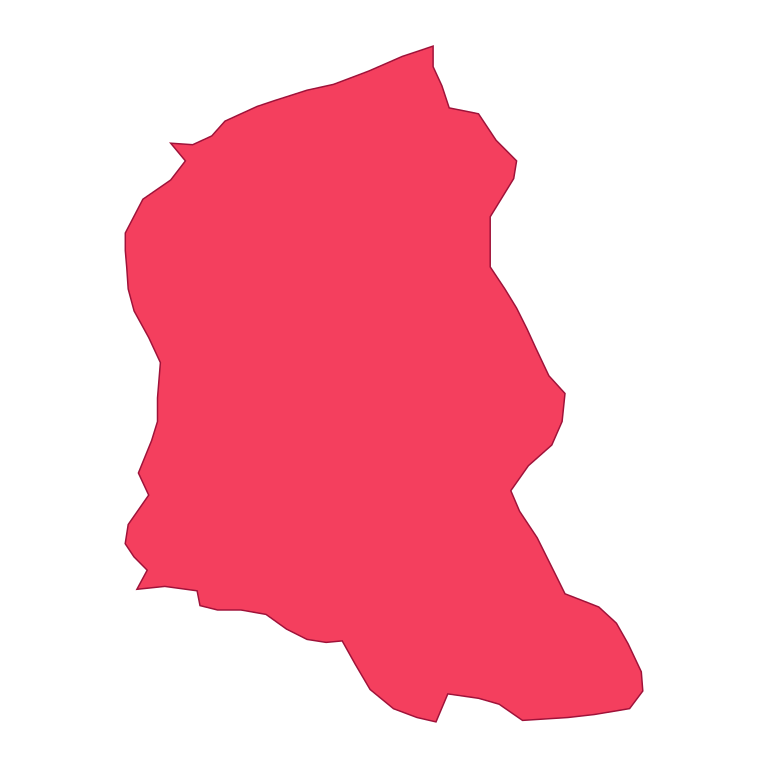 Mia Milia, Cyprus (orthographic projection)
{"feature_id": "46923920B95697923922739", "entity_name": "Mia Milia", "entity_type": "district", "adm_level": 2, "iso_a3": "CYP", "parent_name": "Cyprus", "parent_adm1": "", "projection": "orthographic", "projection_center": [33.421, 35.222], "detail": "fine", "context": "isolated", "style": "filled", "palette": "rose", "viewbox_px": 768, "rotation_deg": 0, "n_neighbors": 0, "source": "geoboundaries", "source_scale": "gbopen_adm2", "svg_char_len": 1133}
<svg xmlns="http://www.w3.org/2000/svg" viewBox="0 0 768 768"><path d="M136.9,589.3L164.8,586.4L197.1,590.8L200.0,605.6L217.6,610.0L241.0,610.0L266.0,614.4L286.5,629.1L307.0,639.4L326.1,642.4L342.2,640.9L355.4,664.5L370.1,689.5L393.5,708.7L417.0,717.5L436.0,721.9L447.8,693.9L478.6,698.3L499.1,704.2L522.5,720.4L568.0,717.5L594.4,714.5L629.6,708.6L642.8,691.0L641.3,671.8L628.1,643.8L616.4,623.2L598.8,607.0L565.0,593.8L557.7,579.0L546.0,555.5L537.2,537.8L519.6,511.3L510.8,490.7L528.4,465.7L551.8,445.0L562.1,421.5L565.0,393.5L548.9,375.8L535.7,347.9L526.9,328.7L516.6,308.1L504.9,289.0L490.2,266.9L490.2,240.4L490.2,216.8L513.7,178.6L516.6,160.9L496.1,140.3L478.5,113.8L449.2,107.9L441.9,85.8L433.1,66.7L433.1,46.1L402.3,56.4L368.6,71.1L333.4,84.4L307.0,90.2L274.8,100.5L257.2,106.4L225.0,121.1L211.8,135.9L192.7,144.7L170.7,143.2L185.4,160.9L170.7,180.0L142.9,199.2L125.3,233.0L125.3,250.7L126.8,268.3L128.2,289.0L134.1,311.0L148.7,337.5L160.4,362.6L157.5,397.9L157.5,421.5L151.6,440.6L138.4,473.0L148.7,495.1L128.2,524.5L125.2,543.7L134.0,556.9L147.2,570.2L136.9,589.3Z" fill="#f43f5e" stroke="#9f1239" stroke-width="1.5"/></svg>